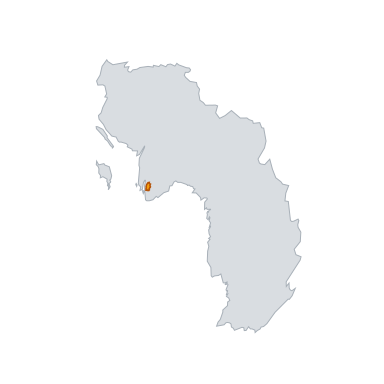 location of Vallentuna, Stockholm, Sweden, rotated 115°
{"feature_id": "70781695B12821480851485", "entity_name": "Vallentuna", "entity_type": "district", "adm_level": 2, "iso_a3": "SWE", "parent_name": "Sweden", "parent_adm1": "Stockholm", "projection": "equal_earth", "projection_center": [18.204, 59.607], "detail": "fine", "context": "in_parent", "style": "filled", "palette": "amber", "viewbox_px": 384, "rotation_deg": 115, "n_neighbors": 0, "source": "geoboundaries", "source_scale": "gbopen_adm2", "svg_char_len": 4851}
<svg xmlns="http://www.w3.org/2000/svg" viewBox="0 0 384 384"><g transform="rotate(115 192 192)"><path d="M85.1,245.9L86.4,248.6L89.5,248.3L90.8,246.3L92.6,240.6L90.9,234.2L93.7,232.1L95.6,228.6L99.8,227.6L105.5,223.6L106.2,219.5L107.7,216.5L103.3,207.4L103.1,205.2L110.3,204.0L113.6,198.1L108.8,194.3L101.5,190.7L104.6,179.5L101.7,173.5L102.3,170.9L101.9,167.1L103.9,165.5L100.5,159.9L104.3,156.0L103.8,154.0L114.6,146.4L121.5,144.9L134.2,146.1L137.3,143.1L137.5,141.4L136.4,137.6L129.4,135.4L137.4,128.7L143.7,122.1L145.1,115.8L146.6,113.2L145.3,107.1L153.4,106.5L160.8,104.0L159.9,100.7L176.1,90.8L176.6,89.1L175.4,87.4L171.7,84.4L172.8,83.1L177.1,82.3L179.2,80.9L182.4,76.4L191.2,72.9L200.7,75.2L204.9,71.3L204.6,65.8L208.1,65.2L233.6,68.7L237.8,66.6L233.5,65.6L237.8,63.4L239.0,62.1L239.4,60.5L239.2,59.7L235.7,57.7L243.7,57.4L248.1,58.4L248.5,59.6L265.9,65.9L279.7,68.5L283.7,70.3L285.2,72.3L287.4,72.4L290.0,74.3L292.7,75.4L290.6,76.7L290.7,79.8L291.4,81.2L290.2,83.8L294.7,84.5L295.5,86.1L293.1,87.7L293.5,89.5L299.4,95.1L298.0,96.9L297.7,99.2L295.1,100.9L294.7,102.7L295.3,104.9L296.2,106.0L298.8,106.8L303.2,113.0L298.9,113.4L295.5,112.5L287.8,113.3L285.9,114.2L280.0,111.8L276.6,113.2L274.3,111.9L272.5,114.0L272.1,116.7L269.3,116.5L270.3,117.5L266.6,117.9L266.3,118.3L267.1,119.0L266.0,119.9L260.8,120.2L260.2,121.1L261.7,122.2L261.6,122.9L258.3,121.8L260.6,123.9L261.1,125.3L254.1,131.2L256.5,132.8L258.5,136.1L260.6,137.6L259.8,139.2L252.4,143.0L248.3,148.9L239.0,152.8L234.1,153.8L230.9,156.6L227.2,155.7L227.1,157.3L224.7,156.3L222.7,158.8L219.3,160.9L215.6,160.5L215.2,160.9L216.4,161.5L212.1,162.1L210.8,164.3L207.7,164.9L207.1,165.6L210.3,165.7L209.7,167.5L206.0,168.5L204.7,169.6L203.1,169.6L203.4,168.7L201.0,168.8L200.2,167.7L199.8,168.0L201.4,171.0L200.2,172.2L202.5,173.3L195.8,176.2L191.8,175.1L191.2,176.0L192.1,178.5L195.6,180.5L193.4,181.9L191.1,187.8L192.6,191.4L188.0,190.6L188.3,192.0L186.8,193.6L187.4,196.0L186.9,197.5L188.0,198.9L187.4,199.6L188.0,206.2L189.3,209.1L188.8,211.3L190.6,212.6L194.7,212.8L195.9,214.7L201.0,213.6L204.6,217.3L211.5,220.5L211.1,222.6L215.5,224.1L218.0,227.0L219.1,229.3L218.7,230.8L211.9,234.8L206.6,237.5L201.1,239.1L201.4,239.8L204.0,240.0L210.6,238.1L212.6,239.8L209.0,240.6L208.3,242.9L206.7,244.4L192.1,249.7L190.2,251.4L183.6,254.0L171.9,253.8L170.1,254.4L180.2,255.5L182.6,257.5L177.8,258.7L179.8,263.4L178.5,264.6L178.4,269.8L176.6,269.9L175.9,272.1L176.7,277.4L177.5,278.9L177.1,280.4L174.3,284.0L175.2,288.3L171.8,296.2L168.2,300.8L165.3,307.0L162.2,309.1L158.6,307.8L153.1,308.6L143.3,308.3L142.0,308.9L142.7,311.2L139.2,310.8L132.8,315.7L132.5,318.0L134.9,322.5L131.7,325.4L125.0,324.7L116.1,326.6L108.2,325.1L109.3,323.5L110.1,317.5L101.5,305.4L105.7,306.7L107.5,306.0L105.0,302.1L108.7,301.9L109.8,300.5L109.3,298.2L106.3,297.2L103.9,293.7L101.2,291.8L96.7,284.8L95.2,280.0L93.5,280.5L92.3,275.0L89.8,274.1L89.5,268.6L86.8,268.0L85.1,265.5L85.1,260.7L81.8,260.1L82.4,257.8L81.7,249.5L80.8,246.9L81.8,245.0L83.5,244.9L85.1,245.9ZM220.9,271.6L219.4,272.1L218.5,273.6L216.2,274.4L215.8,279.2L217.9,281.1L215.7,281.9L214.2,284.5L210.2,286.2L208.6,287.9L207.7,290.3L204.3,291.5L206.8,288.0L203.5,283.8L204.4,282.4L204.1,277.6L211.2,271.7L214.5,271.0L216.0,271.6L216.7,270.2L217.7,269.9L220.9,271.6ZM175.0,305.4L173.2,306.5L172.7,305.0L172.9,299.3L177.0,292.5L178.7,291.9L183.6,282.8L184.2,282.2L185.8,282.8L184.6,283.7L184.6,285.2L181.5,290.1L180.7,293.3L179.6,294.1L175.0,305.4ZM222.3,269.7L222.0,271.1L220.2,270.0L221.9,268.4L225.4,268.8L222.3,269.7ZM214.0,235.5L211.7,237.5L211.3,236.6L211.8,235.6L214.0,235.5ZM209.0,246.1L207.9,246.2L208.7,244.8L210.3,244.5L209.0,246.1Z" fill="#d9dde1" stroke="#a8b0b8" stroke-width="1"/><path d="M205.5,231.8L205.2,231.8L204.9,231.8L204.8,232.0L204.7,232.1L204.3,232.3L204.1,232.5L204.0,232.8L203.9,232.9L203.8,233.0L203.7,233.0L203.4,233.0L203.2,233.0L202.9,233.1L202.7,233.1L202.4,233.0L202.4,233.5L202.3,234.0L202.2,234.1L202.2,234.3L202.2,234.5L201.8,234.6L201.5,234.7L201.6,234.8L201.4,234.9L201.4,235.0L201.5,235.1L201.8,235.3L201.9,235.5L202.0,235.5L202.1,235.8L202.3,235.9L202.5,235.9L202.8,235.9L203.0,236.0L203.3,236.0L203.5,236.0L203.8,236.1L204.0,236.2L204.2,236.3L204.3,236.3L204.4,236.2L204.5,236.2L204.8,236.1L205.0,236.1L205.4,236.1L205.5,236.1L205.8,236.0L206.1,235.9L206.4,235.9L206.5,235.7L206.8,235.5L207.0,235.5L207.4,235.4L207.5,235.4L207.8,235.3L207.8,235.2L208.0,235.1L208.3,235.0L208.5,235.1L208.8,234.9L208.9,234.7L209.0,234.7L209.4,234.7L209.6,234.6L209.8,234.6L209.7,234.2L209.7,233.9L209.3,233.7L209.2,233.5L209.2,233.4L209.0,233.2L209.2,232.8L209.4,232.5L209.2,232.2L208.9,232.1L208.7,231.9L208.7,231.7L208.2,231.7L208.0,231.8L207.9,231.6L207.7,231.7L207.4,231.9L207.2,232.0L206.9,232.2L206.5,232.1L206.2,232.1L205.8,232.2L205.6,232.2L205.5,231.8Z" fill="#f59e0b" stroke="#b45309" stroke-width="1.5"/></g></svg>